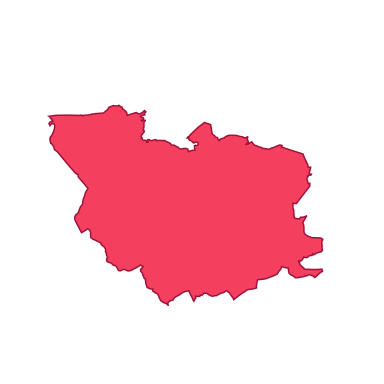 Acuitzio, Michoacán, Mexico, rotated 64°
{"feature_id": "50627088B81334633905607", "entity_name": "Acuitzio", "entity_type": "district", "adm_level": 2, "iso_a3": "MEX", "parent_name": "Mexico", "parent_adm1": "Michoacán", "projection": "natural_earth1", "projection_center": [-101.348, 19.472], "detail": "fine", "context": "isolated", "style": "filled", "palette": "rose", "viewbox_px": 384, "rotation_deg": 64, "n_neighbors": 0, "source": "geoboundaries", "source_scale": "gbopen_adm2", "svg_char_len": 6030}
<svg xmlns="http://www.w3.org/2000/svg" viewBox="0 0 384 384"><g transform="rotate(64 192 192)"><path d="M180.2,309.1L179.4,301.7L181.8,300.6L184.0,300.9L187.7,302.7L188.9,302.8L190.1,302.3L197.6,296.4L199.7,296.6L202.7,295.1L204.5,294.8L206.1,294.9L207.1,295.6L208.2,296.0L209.2,295.6L210.5,296.4L213.5,296.5L214.5,297.8L215.6,298.6L216.2,298.5L216.6,298.9L218.0,298.4L220.7,295.6L222.8,295.1L225.1,292.8L228.0,292.5L229.7,292.6L230.3,292.3L231.1,291.6L231.4,290.9L231.5,289.3L231.4,288.5L231.4,287.7L231.8,286.9L233.8,285.0L234.8,284.3L235.5,282.6L235.8,281.0L235.5,273.1L235.0,270.3L236.3,269.7L237.3,268.7L238.1,269.3L238.5,270.6L239.0,270.9L238.8,271.6L239.0,272.1L240.4,272.7L241.0,272.9L242.4,272.4L243.6,272.2L245.1,272.7L247.4,272.6L248.5,272.9L249.3,272.5L249.7,271.8L251.0,272.6L254.2,273.6L258.3,274.2L258.6,273.5L260.1,272.7L260.7,272.0L261.7,270.7L262.0,269.9L263.5,270.6L264.4,270.5L265.3,269.6L266.7,269.3L267.4,268.3L268.0,267.9L268.4,267.8L271.0,267.5L272.7,267.9L276.0,267.7L278.9,266.1L281.0,264.0L284.0,263.0L282.7,262.9L281.5,262.5L280.6,261.7L280.3,258.4L280.7,256.9L280.7,256.3L279.6,254.9L279.2,253.7L278.9,250.1L279.0,248.6L278.3,244.3L278.4,241.9L279.4,238.2L284.0,238.3L287.5,238.2L290.0,238.4L291.0,238.2L289.2,235.8L289.1,235.1L287.2,234.5L289.3,230.8L288.3,229.7L288.8,229.0L289.1,228.3L288.7,226.7L288.1,225.7L289.6,223.0L290.7,222.4L291.6,222.2L292.2,221.4L294.1,220.1L294.8,218.9L295.5,216.0L295.9,215.2L295.7,213.1L295.7,209.9L296.3,207.7L295.7,204.3L298.9,202.7L305.4,201.6L307.0,201.7L304.9,191.3L304.8,188.8L304.1,185.0L306.1,178.7L306.5,176.1L305.2,175.6L304.4,175.0L303.3,174.4L299.6,171.6L301.8,165.6L302.4,162.9L303.2,154.0L303.1,152.8L303.2,151.5L301.7,149.3L301.0,148.0L300.6,146.6L298.4,144.0L301.3,140.9L302.3,138.9L304.6,139.5L305.9,140.1L307.8,140.3L309.7,139.6L310.8,138.6L312.0,137.8L314.4,136.7L315.6,133.9L315.8,132.6L316.9,129.3L317.1,127.9L317.7,124.9L317.6,122.9L319.0,121.6L319.9,120.4L321.6,119.5L322.7,119.2L322.4,117.7L320.6,111.7L320.5,109.4L318.2,109.1L318.0,110.0L316.2,114.1L313.1,120.4L312.7,120.6L312.0,122.4L311.3,123.6L310.7,125.0L310.2,124.8L309.0,124.9L308.4,125.4L306.4,126.1L304.8,126.8L301.8,126.1L301.6,126.3L301.6,126.7L301.0,126.7L300.9,126.4L300.6,126.4L300.6,126.0L301.5,125.6L301.6,123.8L301.2,122.5L299.4,119.8L300.6,119.0L301.4,117.2L301.4,116.7L301.0,115.9L300.8,114.6L301.2,112.7L301.7,112.1L301.4,111.6L301.0,111.4L300.8,110.9L300.5,110.7L301.1,110.5L301.9,110.0L301.6,107.7L301.7,104.4L302.1,103.4L302.4,101.8L301.6,100.4L300.4,99.9L299.2,99.8L297.7,98.6L296.9,98.6L293.4,97.0L292.7,95.9L291.8,95.2L289.9,96.3L285.3,104.7L284.1,105.5L282.5,107.2L281.3,107.8L279.9,108.8L277.3,109.0L272.4,106.7L269.8,106.0L268.3,106.0L267.8,105.4L264.0,99.8L263.7,99.7L263.6,101.6L263.1,103.9L262.3,105.2L263.2,107.6L260.8,110.9L259.9,111.2L257.7,110.6L252.8,108.5L251.0,108.4L249.3,107.8L246.4,106.0L248.2,103.5L238.3,83.5L235.7,82.3L235.7,83.7L235.5,83.9L230.3,83.0L229.2,81.3L228.4,81.4L228.6,80.4L228.3,79.2L228.8,78.1L228.8,77.1L228.4,76.8L227.2,78.9L221.8,74.5L220.6,76.7L217.7,76.0L211.4,76.0L206.5,75.6L195.7,86.9L191.3,91.3L190.8,92.0L189.7,90.7L188.2,92.4L187.7,99.6L187.3,101.1L187.5,103.1L187.0,104.6L184.2,108.5L183.8,109.5L183.2,109.7L181.9,110.5L180.7,112.4L179.7,112.8L177.1,115.4L174.8,116.0L173.1,116.3L173.3,120.3L173.2,122.3L172.7,122.6L172.3,121.2L172.2,119.5L170.8,119.2L169.9,119.7L169.6,119.2L167.8,118.9L167.4,118.0L167.1,117.8L166.8,117.8L166.7,119.1L166.9,119.7L166.2,121.2L165.1,121.9L162.8,124.9L160.6,127.3L157.7,132.8L157.1,134.5L157.0,135.2L157.1,138.1L157.4,139.4L156.9,143.2L157.1,144.7L158.4,144.6L156.9,145.4L153.9,145.4L153.3,146.6L153.0,146.9L151.4,147.0L149.0,148.3L148.4,148.3L139.6,145.7L135.0,150.3L136.6,158.4L140.0,169.0L140.7,170.0L140.8,171.9L141.4,172.7L141.7,171.7L142.1,171.5L142.2,171.1L142.7,171.5L143.4,171.7L144.6,171.5L145.0,170.7L146.0,170.1L148.7,169.1L148.7,168.2L148.4,167.9L148.6,167.3L149.4,165.5L150.1,165.2L151.0,165.2L151.9,165.6L152.4,166.3L152.4,167.1L151.6,168.4L151.5,169.6L155.6,171.1L154.8,173.3L154.4,175.6L154.3,177.5L151.6,177.0L151.0,177.4L150.1,178.3L149.6,179.9L149.2,180.5L149.0,181.8L148.7,182.7L147.6,184.3L146.5,184.8L145.5,184.9L145.1,185.7L144.1,186.1L141.7,188.0L141.5,188.8L140.5,190.1L140.1,190.2L139.3,190.0L138.7,190.2L134.5,193.6L133.6,194.0L133.3,194.9L132.3,196.9L130.9,199.4L130.5,201.0L129.3,201.4L129.0,201.7L128.4,204.0L128.2,205.6L127.2,207.0L126.1,207.4L125.6,208.7L126.1,209.3L128.0,209.7L127.9,210.1L127.2,210.9L125.7,210.7L125.3,210.9L124.8,211.6L124.5,212.9L123.1,213.5L121.7,214.0L121.6,213.2L120.5,213.4L119.6,213.3L118.3,211.8L118.5,211.4L117.8,210.5L116.9,208.4L116.4,208.2L115.3,208.7L114.8,208.1L114.2,208.0L113.0,207.3L112.6,206.8L112.0,206.4L108.3,204.7L107.3,202.7L107.1,202.6L106.8,203.0L106.0,205.9L105.6,206.3L105.4,206.1L105.6,205.4L105.7,204.7L104.9,203.3L103.8,203.3L102.9,204.7L101.9,205.2L101.3,205.0L101.5,202.7L102.0,200.6L100.8,200.5L100.3,199.8L99.9,198.6L99.4,198.3L97.9,199.1L98.5,200.4L98.7,201.4L98.9,203.3L98.8,204.7L98.0,206.1L96.1,207.2L94.7,216.7L94.0,216.4L91.9,215.9L90.7,216.1L89.4,216.6L88.2,217.3L87.6,217.4L87.2,218.0L86.2,217.8L85.7,217.9L85.0,217.7L84.6,218.2L83.8,218.7L83.2,219.3L82.0,219.7L82.2,220.4L82.0,221.2L80.6,223.9L79.9,224.7L79.8,225.3L79.4,229.7L80.8,231.3L82.2,237.0L79.2,244.5L78.2,247.7L77.4,251.4L75.3,256.4L75.6,257.2L74.3,257.8L73.8,259.6L72.5,262.2L69.1,268.6L63.4,280.8L61.3,287.2L61.6,287.0L67.6,286.0L67.6,286.6L67.5,287.3L66.9,287.6L66.9,288.6L67.2,289.7L67.9,290.6L70.1,290.6L69.4,289.3L69.2,288.5L69.6,287.2L70.2,286.3L71.3,285.9L73.6,287.0L76.5,289.4L79.8,293.4L80.3,295.0L82.1,296.5L83.9,297.1L86.5,297.6L86.9,297.0L90.7,296.4L93.0,297.0L93.8,297.0L95.9,295.8L97.6,295.2L116.4,290.6L124.3,288.4L124.5,287.8L125.1,287.8L125.8,287.4L126.2,286.7L128.5,287.6L143.2,283.9L145.8,288.0L149.1,290.9L150.6,292.7L152.5,294.3L154.3,295.2L155.8,297.2L156.5,298.9L160.6,303.2L161.2,304.8L161.8,306.8L163.0,308.2L165.0,309.2L166.9,309.5L180.2,309.1Z" fill="#f43f5e" stroke="#9f1239" stroke-width="1.5"/></g></svg>